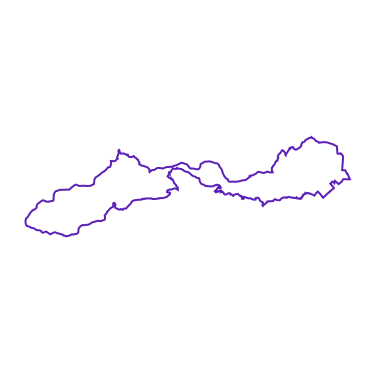 outline of Orlat, Sibiu, Romania, rotated 30°
{"feature_id": "2599482B98199012143069", "entity_name": "Orlat", "entity_type": "district", "adm_level": 2, "iso_a3": "ROU", "parent_name": "Romania", "parent_adm1": "Sibiu", "projection": "albers", "projection_center": [23.88, 45.707], "detail": "fine", "context": "isolated", "style": "outline", "palette": "violet", "viewbox_px": 384, "rotation_deg": 30, "n_neighbors": 0, "source": "geoboundaries", "source_scale": "gbopen_adm2", "svg_char_len": 6082}
<svg xmlns="http://www.w3.org/2000/svg" viewBox="0 0 384 384"><g transform="rotate(30 192 192)"><path d="M322.4,102.0L317.6,98.5L317.3,98.8L313.8,96.6L311.1,98.0L305.4,86.2L304.3,85.2L303.0,84.5L302.4,84.8L301.3,84.2L299.9,85.7L298.7,85.9L294.6,80.0L290.1,80.2L284.0,81.6L281.2,82.9L277.2,85.9L276.7,85.4L273.9,85.9L271.0,84.8L269.8,85.1L267.9,84.7L267.8,85.6L266.3,86.8L265.7,88.3L264.8,89.2L264.2,91.1L264.3,91.8L263.9,93.0L262.7,93.8L263.0,96.2L263.6,97.8L263.2,98.8L263.1,99.9L261.8,101.9L261.7,102.5L260.6,103.6L259.9,103.6L258.1,103.6L257.3,102.6L256.9,102.6L255.6,103.7L255.3,104.4L255.5,105.2L254.6,105.3L254.8,107.6L254.6,112.5L254.9,113.4L254.3,113.2L253.5,111.9L251.4,110.8L249.2,110.7L249.0,114.2L248.4,115.6L248.4,118.1L249.6,119.1L249.6,120.6L250.2,121.8L250.1,122.7L249.5,122.9L249.3,123.9L249.6,125.6L249.6,127.1L249.5,127.9L249.1,128.8L249.3,130.5L249.1,131.1L249.5,132.0L250.8,133.8L252.0,134.6L249.3,136.3L247.0,136.7L244.7,139.7L239.5,141.2L238.7,142.6L238.2,144.2L236.1,147.3L233.9,149.1L234.7,149.9L234.1,150.3L233.6,152.5L233.1,153.0L232.9,154.1L232.3,155.0L230.6,156.1L226.5,160.0L224.0,161.8L222.0,162.6L219.9,164.2L218.1,164.4L216.4,163.0L214.3,163.1L212.8,162.3L211.9,162.1L209.0,160.0L206.8,157.9L205.2,157.0L203.0,156.2L201.6,155.0L199.5,154.6L197.4,155.5L194.3,156.0L192.3,156.6L190.9,157.3L187.7,159.6L186.6,161.8L185.5,163.4L186.4,165.7L186.6,166.9L186.4,168.6L186.1,169.1L184.0,170.3L181.7,170.9L178.6,172.5L173.8,170.6L168.2,171.9L165.5,176.1L162.5,179.3L161.8,180.5L160.2,181.1L159.6,181.9L157.8,182.8L154.7,186.5L152.3,187.1L150.1,188.4L148.1,191.9L146.4,193.1L145.3,195.9L144.6,195.2L143.9,193.8L141.4,192.9L136.6,193.7L135.6,194.2L133.0,194.5L132.0,194.0L132.1,193.2L131.9,192.8L130.2,192.0L129.1,191.0L128.0,191.1L126.7,190.5L125.1,190.7L124.0,190.0L123.3,190.2L122.5,191.8L120.3,193.0L119.1,192.9L118.0,191.8L117.6,191.8L117.3,192.5L117.1,192.6L116.1,192.5L113.4,192.8L111.7,194.1L111.0,194.3L109.1,193.3L108.3,192.2L106.9,191.8L107.9,192.6L108.0,193.7L109.0,194.4L109.9,199.7L111.0,200.2L110.4,201.1L110.3,202.6L109.6,204.0L106.2,205.7L107.8,207.9L108.6,211.1L107.6,212.2L107.0,212.5L106.2,216.8L104.1,220.7L103.7,222.5L101.3,227.6L101.2,229.9L103.1,234.1L101.0,237.3L99.2,238.7L94.2,241.2L91.5,243.1L88.0,243.6L87.2,244.1L85.1,249.2L84.6,251.2L76.4,256.3L73.7,259.5L73.4,260.2L73.4,261.6L73.6,263.3L74.2,264.0L74.4,265.1L75.9,267.8L76.2,268.8L72.3,272.4L70.5,273.2L67.8,273.4L66.5,274.2L64.2,279.7L64.4,281.7L65.2,282.9L65.2,283.6L64.5,285.9L63.6,286.5L63.2,287.3L62.4,290.6L62.2,296.0L61.6,297.7L62.0,299.9L63.9,302.7L65.9,304.0L68.7,303.3L70.5,303.4L73.2,302.5L76.5,302.7L78.9,301.5L80.4,301.2L82.0,301.9L83.0,301.8L83.8,301.4L84.7,299.9L85.5,299.2L90.4,299.5L92.3,296.5L93.6,295.3L96.1,295.1L97.4,294.4L98.3,294.5L101.4,293.5L102.5,294.0L103.3,293.5L105.1,293.3L106.3,292.4L107.3,291.2L108.2,290.5L109.2,288.5L110.0,288.5L110.8,288.0L112.0,286.5L113.2,285.9L113.7,283.8L112.3,280.9L112.1,278.9L112.6,277.4L113.3,276.0L114.1,275.1L115.7,274.4L116.6,273.4L118.3,272.4L119.7,270.5L120.6,268.4L125.0,263.9L127.4,263.0L130.1,259.8L130.0,258.7L129.2,257.3L128.1,255.9L128.7,252.7L128.4,252.3L128.4,251.2L128.6,250.9L129.3,247.3L130.4,245.2L131.0,244.5L130.7,243.3L129.6,241.5L129.6,240.8L130.4,240.2L132.1,241.4L132.7,243.2L133.6,244.1L136.9,243.8L138.4,243.3L138.9,242.3L140.7,242.1L140.6,241.8L141.5,240.2L142.6,239.8L143.4,238.9L143.6,236.8L144.1,235.2L144.1,234.6L144.8,232.8L144.6,230.4L145.6,228.7L147.5,226.9L152.0,223.9L152.5,222.6L153.9,222.3L154.3,221.4L154.9,221.3L156.2,220.0L158.7,218.8L159.6,218.0L161.0,217.9L162.4,217.2L165.8,214.9L166.3,213.9L167.1,213.7L168.3,212.6L169.2,212.3L171.2,210.5L173.0,208.2L173.1,207.1L173.9,205.2L173.6,203.8L173.2,203.6L172.5,203.7L171.0,204.6L170.4,204.6L170.0,203.5L170.1,202.5L171.5,200.9L172.5,200.5L175.4,197.4L176.9,197.0L178.6,197.2L177.8,195.7L176.7,194.9L175.4,194.7L174.8,194.0L172.0,193.2L170.2,191.6L168.6,190.7L168.1,191.3L167.0,191.2L166.4,190.2L165.4,191.1L163.1,190.7L163.0,188.5L163.9,188.2L163.6,187.9L163.7,187.6L162.2,186.5L162.3,186.1L163.4,185.8L163.7,185.4L163.4,184.0L163.7,181.3L166.9,179.9L167.0,178.6L168.6,178.6L171.2,177.4L175.6,177.6L179.3,176.7L184.3,177.7L186.7,177.2L189.5,177.3L190.9,176.6L192.2,177.2L193.2,178.8L195.4,180.1L196.7,180.3L198.7,179.8L200.8,180.0L206.0,177.5L207.8,176.1L208.6,174.6L210.3,173.0L211.3,173.0L212.2,172.5L213.6,173.0L214.7,173.8L214.1,174.2L214.3,174.8L213.6,175.0L213.4,174.5L213.0,174.8L212.6,174.1L212.3,174.7L212.0,178.0L211.4,179.9L211.8,180.0L212.0,178.8L212.4,180.2L212.8,180.4L213.2,180.2L213.5,179.1L214.0,178.9L213.8,178.4L214.7,178.2L215.0,177.4L216.1,176.5L216.7,177.6L217.1,176.8L217.5,177.3L218.2,176.6L219.7,176.9L220.5,177.6L221.6,177.8L223.3,176.6L223.7,175.4L225.4,174.1L226.1,174.2L226.6,175.0L227.3,174.4L229.0,174.4L229.2,174.8L229.6,174.8L229.7,173.9L230.6,172.4L232.8,170.6L234.2,171.2L235.9,171.3L236.0,170.9L236.6,170.9L238.6,172.3L238.7,172.8L239.8,172.5L239.9,172.0L237.7,170.8L238.8,170.6L239.8,170.8L240.2,170.5L240.2,170.0L244.1,169.3L245.4,168.3L248.6,168.0L250.3,167.3L250.3,166.7L250.8,166.4L250.2,165.4L251.3,164.4L252.6,163.8L255.6,165.7L257.8,165.5L258.8,165.7L259.6,168.3L260.3,168.6L260.3,167.8L260.9,166.8L261.9,164.2L261.9,162.6L262.6,162.4L262.8,161.9L266.8,159.3L266.8,158.1L267.6,156.6L269.6,156.6L272.0,155.3L272.3,154.9L272.6,153.1L273.9,151.0L275.7,150.1L275.8,149.8L276.3,150.0L277.3,149.4L277.4,148.6L278.2,147.8L280.4,147.3L281.4,146.7L282.3,146.7L282.8,146.2L283.5,146.1L284.9,145.1L285.3,145.1L285.3,144.6L286.1,145.0L286.6,144.5L287.3,144.6L288.5,143.6L288.9,144.0L289.4,143.7L289.4,143.4L290.0,142.9L289.6,141.9L289.8,141.2L289.6,141.0L290.1,140.4L289.7,139.3L290.2,138.5L289.9,138.3L291.0,137.1L290.8,136.7L291.2,136.8L291.6,136.5L291.8,135.4L293.5,134.7L294.3,134.9L294.9,134.3L299.8,133.9L300.0,131.1L300.8,128.7L304.5,129.8L308.4,131.4L309.8,126.6L311.3,122.6L311.1,122.5L313.0,117.7L312.1,117.1L307.6,115.6L308.3,114.0L308.2,113.0L309.4,112.5L310.9,113.1L310.3,110.9L315.1,111.8L316.4,108.3L316.6,105.3L322.4,102.0Z" fill="none" stroke="#5b21b6" stroke-width="2"/></g></svg>